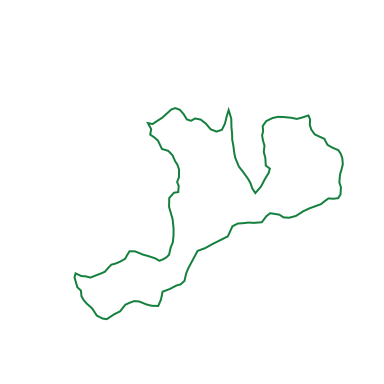 Americano do Brasil, Goiás, Brazil (Natural Earth projection), rotated 150°
{"feature_id": "56859067B95851726668202", "entity_name": "Americano do Brasil", "entity_type": "district", "adm_level": 2, "iso_a3": "BRA", "parent_name": "Brazil", "parent_adm1": "Goiás", "projection": "natural_earth1", "projection_center": [-49.994, -16.275], "detail": "fine", "context": "isolated", "style": "outline", "palette": "green", "viewbox_px": 384, "rotation_deg": 150, "n_neighbors": 0, "source": "geoboundaries", "source_scale": "gbopen_adm2", "svg_char_len": 2138}
<svg xmlns="http://www.w3.org/2000/svg" viewBox="0 0 384 384"><g transform="rotate(150 192 192)"><path d="M333.5,179.7L336.4,176.9L338.9,166.9L337.5,162.1L339.8,157.1L339.9,152.6L338.9,147.8L336.7,141.2L336.2,132.5L332.7,127.1L329.4,124.5L320.5,125.0L313.8,124.6L310.0,126.2L306.1,127.7L301.5,127.3L296.6,126.4L292.5,123.6L287.5,117.2L283.5,113.4L278.2,110.2L272.5,114.5L267.3,120.4L259.8,119.1L252.2,118.8L248.0,117.7L242.9,118.8L237.9,124.3L233.5,127.7L216.6,138.2L208.5,136.8L199.9,136.7L189.1,136.0L183.1,135.7L174.1,142.1L168.1,141.8L164.1,139.8L158.4,137.3L153.8,134.3L146.7,130.9L139.6,133.9L134.8,134.5L127.6,128.6L125.5,124.3L120.7,121.1L113.9,119.3L105.2,119.7L98.4,119.1L86.5,117.0L81.0,117.8L77.0,118.2L72.8,115.4L68.5,113.6L64.6,115.6L60.6,121.8L59.6,126.6L55.2,133.0L50.9,137.1L47.6,140.5L45.1,145.7L44.1,150.3L44.3,155.0L48.3,160.3L51.1,165.1L50.8,171.9L53.9,176.2L56.9,180.5L57.5,186.5L56.4,191.2L53.4,195.9L52.9,200.1L59.8,201.5L64.7,202.9L69.1,206.8L74.9,210.9L80.1,214.2L85.4,215.8L92.2,216.3L97.8,213.8L100.0,209.1L103.1,205.8L104.8,201.1L106.1,195.8L109.8,190.8L111.5,184.7L114.9,178.0L112.9,173.3L115.9,170.3L122.8,166.5L129.4,162.3L137.7,159.4L138.0,165.1L136.9,170.6L136.9,175.4L137.7,183.8L138.7,190.5L137.5,199.7L136.2,203.8L133.1,211.3L131.0,217.2L128.1,222.5L125.5,228.3L121.3,235.9L119.3,244.6L123.9,240.4L129.2,234.8L135.0,230.9L140.6,232.1L144.5,237.0L145.8,244.3L148.2,250.3L152.5,254.1L157.3,254.2L160.2,257.5L160.3,263.5L161.4,269.2L164.5,273.0L168.6,273.8L174.7,272.5L180.7,271.2L185.4,271.0L192.2,270.6L195.7,273.7L195.9,266.9L199.5,262.6L197.4,258.2L195.8,253.7L196.5,244.3L192.0,239.5L190.5,233.6L191.2,227.3L191.0,222.9L192.0,217.9L195.9,211.3L199.9,208.1L200.5,203.8L204.0,198.8L208.0,200.4L214.7,198.2L219.3,190.6L222.4,178.1L226.3,169.4L229.8,163.5L233.8,158.0L238.2,154.6L243.3,149.1L246.9,148.2L250.9,148.2L254.6,148.7L257.1,153.0L262.0,158.5L265.8,162.3L270.9,169.0L275.7,171.9L279.9,169.7L283.3,167.6L288.9,167.6L294.3,168.3L298.2,169.4L302.7,168.1L307.3,166.5L311.2,166.9L316.9,167.8L322.8,168.7L326.3,172.2L329.8,174.4L333.5,179.7Z" fill="none" stroke="#15803d" stroke-width="2"/></g></svg>